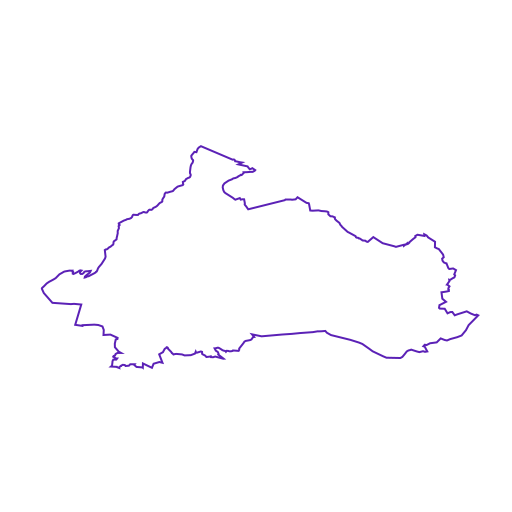 the district of Ahuehuetitla, Puebla, Mexico, rotated 85°
{"feature_id": "50627088B39189624478389", "entity_name": "Ahuehuetitla", "entity_type": "district", "adm_level": 2, "iso_a3": "MEX", "parent_name": "Mexico", "parent_adm1": "Puebla", "projection": "equal_earth", "projection_center": [-98.198, 18.232], "detail": "fine", "context": "isolated", "style": "outline", "palette": "violet", "viewbox_px": 512, "rotation_deg": 85, "n_neighbors": 0, "source": "geoboundaries", "source_scale": "gbopen_adm2", "svg_char_len": 6088}
<svg xmlns="http://www.w3.org/2000/svg" viewBox="0 0 512 512"><g transform="rotate(85 256 256)"><path d="M343.9,407.0L345.9,404.3L346.0,403.3L347.0,404.2L346.8,407.2L348.3,408.1L350.0,408.4L352.7,409.0L353.5,410.1L354.3,404.3L354.6,404.2L355.6,402.1L355.1,402.2L353.8,400.4L353.8,400.0L353.5,399.9L352.8,398.2L353.2,396.2L354.2,395.5L354.2,392.2L352.9,390.7L353.3,386.4L353.8,386.9L356.1,384.7L357.1,378.8L357.4,378.5L353.2,378.0L358.3,369.4L354.4,367.4L353.2,361.5L354.2,358.5L345.5,361.0L343.7,357.1L340.5,355.0L339.8,353.5L339.1,353.0L339.1,352.7L339.4,352.2L340.1,351.7L340.7,351.7L344.1,348.9L345.5,348.2L345.6,347.8L346.9,346.8L346.6,345.2L346.6,343.8L347.6,338.3L348.4,336.6L348.8,335.9L349.1,329.6L347.9,325.3L346.1,324.4L347.1,324.1L347.2,323.4L346.3,319.2L346.8,318.1L348.7,318.2L349.1,318.0L350.8,315.3L352.3,314.2L352.2,310.7L352.0,309.8L352.8,309.7L353.1,307.5L352.6,305.4L355.5,297.5L355.5,297.2L350.9,302.2L350.3,301.8L348.8,302.2L348.2,302.5L346.8,304.3L344.4,305.3L344.4,304.3L344.0,302.1L344.1,301.5L344.6,300.6L346.3,298.3L346.8,297.8L347.4,296.6L348.0,294.8L348.8,294.3L347.9,293.5L348.1,292.1L348.7,290.5L348.7,288.8L348.5,287.5L348.1,287.2L349.0,281.6L348.0,280.9L346.7,280.8L343.0,277.3L341.6,276.0L340.3,275.0L339.7,273.7L339.4,270.5L339.2,268.9L338.7,267.8L336.6,266.0L336.5,264.9L333.7,266.8L336.5,257.4L336.5,236.6L336.7,227.2L336.6,219.0L336.8,205.9L336.4,201.0L336.5,200.7L336.7,197.2L336.7,193.5L338.6,192.1L341.3,188.2L347.8,169.2L351.2,161.0L352.9,157.7L358.1,151.5L361.1,148.1L367.0,138.1L368.7,134.9L370.2,121.1L369.3,119.0L366.9,116.6L364.2,114.1L363.4,112.4L363.0,110.0L362.8,109.6L365.2,103.9L366.0,101.6L365.4,97.9L366.2,96.0L366.0,93.7L361.1,95.8L360.5,97.1L359.1,95.6L359.6,93.9L358.1,90.2L357.8,83.5L354.2,79.2L356.1,75.4L356.8,73.1L355.7,69.7L354.4,62.6L353.1,58.1L348.2,53.3L343.4,50.2L334.5,39.8L333.6,41.4L334.1,43.0L332.0,47.1L329.5,50.9L331.6,60.3L332.4,63.2L328.9,65.3L328.8,67.3L329.8,70.2L325.0,72.6L324.4,77.5L323.6,78.2L320.9,77.5L320.6,76.6L318.2,70.7L314.8,74.1L308.3,74.4L308.2,72.1L308.0,69.2L307.7,66.9L306.3,66.8L306.0,67.3L304.9,67.2L303.1,65.9L301.8,67.3L301.2,67.7L301.1,68.2L297.9,65.5L296.5,65.6L296.8,64.9L295.2,61.8L294.8,60.6L294.4,60.1L292.6,59.3L291.6,60.1L287.5,58.0L285.6,60.7L285.8,64.6L284.7,65.5L279.9,66.9L279.8,67.6L278.7,69.5L276.9,70.6L274.9,70.8L273.6,69.1L270.9,69.5L265.0,73.3L264.3,74.8L262.9,77.0L257.4,76.4L252.4,83.0L252.2,83.0L250.4,84.3L249.0,86.5L250.7,86.5L248.9,93.3L250.0,95.6L251.2,95.5L252.9,98.2L255.6,101.9L256.1,102.1L257.2,103.6L257.4,104.5L256.6,104.4L258.7,107.7L257.7,107.7L259.1,115.8L258.4,117.3L254.3,128.7L247.4,137.5L251.7,143.4L251.5,144.2L251.1,144.9L250.3,145.7L249.8,148.5L248.9,149.5L247.5,151.3L247.5,152.0L246.8,152.6L246.5,154.1L246.1,154.7L244.9,155.1L240.9,161.1L240.0,162.6L234.4,167.8L233.9,168.0L232.2,169.3L230.3,170.0L227.8,172.7L226.2,174.0L224.8,174.3L224.4,174.1L224.2,174.4L223.9,175.1L223.2,176.3L222.9,178.4L220.8,180.3L218.7,180.1L218.3,180.6L217.8,181.7L217.4,183.7L216.9,186.9L216.0,189.8L215.8,195.8L215.4,198.0L209.1,198.6L208.0,198.9L207.5,201.0L201.1,209.5L203.0,211.6L203.1,215.2L202.8,216.3L202.3,221.7L202.9,222.5L208.8,259.7L205.7,261.5L204.1,262.6L203.4,262.8L202.6,262.5L198.5,262.9L198.3,264.4L198.5,266.3L196.9,267.1L198.1,271.7L197.2,272.8L196.0,274.0L190.6,281.1L189.3,282.2L187.6,282.8L184.8,283.2L182.9,282.8L180.9,281.1L178.5,276.7L177.5,273.2L177.1,272.7L176.7,271.7L176.5,269.8L175.7,267.4L175.4,267.2L175.1,266.7L174.2,264.6L173.8,264.1L174.1,263.3L172.2,261.0L171.5,261.1L171.7,257.4L171.7,254.0L171.9,252.0L171.0,249.9L170.4,249.3L168.2,252.0L168.6,252.9L169.0,254.7L167.1,256.0L166.0,256.6L163.2,265.6L161.7,261.7L161.1,264.1L160.1,267.1L159.8,268.5L159.4,268.6L159.5,268.3L158.2,269.1L157.9,269.7L158.0,270.9L141.8,301.3L143.0,303.6L144.2,304.8L147.4,306.3L146.9,308.3L147.7,309.0L150.1,311.4L150.7,311.8L152.3,311.7L153.3,311.5L154.1,311.1L154.9,310.4L155.6,310.3L157.5,311.0L158.5,312.0L160.0,312.9L161.9,313.5L166.6,314.5L167.9,314.5L169.1,314.0L170.2,314.1L171.7,315.0L172.1,315.8L172.3,316.8L173.3,319.0L175.0,320.3L175.3,321.0L175.8,322.4L177.4,322.4L178.3,322.2L179.0,322.8L179.6,326.0L180.0,327.9L180.4,328.6L182.3,331.4L183.9,332.9L184.2,333.7L184.5,335.6L185.2,338.9L184.9,340.2L185.6,341.1L186.3,341.6L188.7,342.2L189.4,342.7L190.2,343.4L191.5,344.3L192.3,344.5L193.2,344.5L193.9,345.0L194.8,347.2L195.5,348.1L196.3,348.9L197.4,350.1L198.3,351.6L199.2,354.1L200.5,355.2L200.9,356.3L200.8,357.0L200.6,357.4L200.6,358.1L200.8,358.6L202.0,359.9L203.0,360.6L203.2,361.3L203.0,362.5L202.4,363.8L202.4,364.4L203.4,367.0L203.6,368.5L204.0,369.2L204.8,370.0L204.7,371.6L204.2,374.5L204.5,375.1L205.2,375.6L206.1,375.9L206.8,376.6L207.3,377.2L207.6,378.0L207.9,378.9L208.1,381.3L208.6,382.3L209.2,384.6L211.5,389.9L211.9,390.0L212.4,389.8L213.0,389.2L213.4,389.2L214.0,390.1L214.3,390.3L215.2,390.1L216.5,390.2L219.0,391.6L221.5,391.8L222.9,392.3L224.0,392.6L225.7,393.2L227.3,393.5L229.0,396.3L229.7,396.7L231.5,397.0L232.2,397.3L232.8,398.4L234.1,400.2L234.5,401.4L234.9,402.0L236.0,403.3L236.4,404.3L236.4,405.2L236.9,406.1L243.6,405.9L245.3,406.6L250.5,410.6L253.2,413.4L254.6,414.5L256.5,415.4L257.6,416.1L257.8,416.8L258.4,417.2L259.1,418.6L261.6,424.6L261.5,425.5L262.3,427.3L262.5,428.5L261.6,428.2L260.4,426.7L258.0,422.9L256.4,422.0L256.5,424.8L256.4,426.7L256.7,428.3L257.9,429.2L258.7,430.5L258.6,432.2L257.7,432.8L256.5,432.6L255.3,431.2L255.0,432.2L255.2,433.2L256.1,434.6L257.3,437.4L258.0,439.5L257.6,440.1L255.9,439.6L255.6,440.2L254.6,440.0L254.5,441.8L254.3,442.6L254.4,444.4L254.5,445.2L254.6,446.6L254.8,448.3L255.2,449.3L255.7,450.3L257.1,453.4L260.6,457.5L261.7,459.7L262.7,462.0L263.6,464.2L265.1,466.9L267.7,469.9L269.2,471.9L269.9,472.2L274.4,470.6L284.9,462.9L287.8,444.6L287.8,441.5L289.1,434.3L308.8,442.1L310.5,435.0L309.8,434.9L310.3,423.0L311.0,419.1L312.8,415.1L316.4,414.1L321.4,414.8L321.6,407.9L325.5,401.0L326.6,401.3L326.9,403.0L331.1,404.3L334.6,404.5L339.3,401.1L340.8,398.9L340.5,402.4L341.4,404.4L342.8,405.1L343.2,406.5L343.9,407.0Z" fill="none" stroke="#5b21b6" stroke-width="2"/></g></svg>